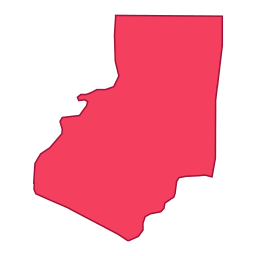 outline of Kutum, North Darfur, Sudan
{"feature_id": "16777658B71410798895125", "entity_name": "Kutum", "entity_type": "district", "adm_level": 2, "iso_a3": "SDN", "parent_name": "Sudan", "parent_adm1": "North Darfur", "projection": "robinson", "projection_center": [24.615, 14.495], "detail": "fine", "context": "isolated", "style": "filled", "palette": "rose", "viewbox_px": 256, "rotation_deg": 0, "n_neighbors": 0, "source": "geoboundaries", "source_scale": "gbopen_adm2", "svg_char_len": 888}
<svg xmlns="http://www.w3.org/2000/svg" viewBox="0 0 256 256"><path d="M212.0,176.9L215.4,158.0L215.5,127.9L215.6,108.9L215.6,100.3L217.4,85.4L217.5,85.5L222.3,45.3L222.3,16.8L222.3,16.2L196.8,16.0L164.1,15.8L143.3,15.6L138.1,15.6L115.6,15.4L115.7,15.8L114.5,35.0L115.3,61.4L118.9,76.0L113.7,86.7L105.4,89.6L96.8,89.6L91.5,92.5L86.1,94.5L80.8,94.5L77.4,97.3L78.8,100.6L84.7,99.8L87.7,101.6L86.5,105.9L82.3,111.5L79.5,115.5L69.9,116.6L62.3,117.5L60.0,121.4L62.3,129.3L61.9,133.7L49.8,147.8L40.6,153.9L35.0,163.4L33.7,183.2L34.3,183.6L34.0,189.4L35.9,193.8L49.9,200.0L67.9,207.8L72.1,210.1L118.0,234.2L127.7,240.6L128.9,240.6L138.4,236.3L143.0,230.0L142.9,223.3L145.2,216.6L150.3,213.8L160.7,211.8L163.9,208.5L164.9,203.1L171.0,198.9L173.8,197.1L175.0,193.7L176.6,181.5L179.0,177.6L186.2,176.3L198.5,175.7L205.1,175.1L212.0,176.9Z" fill="#f43f5e" stroke="#9f1239" stroke-width="1.5"/></svg>